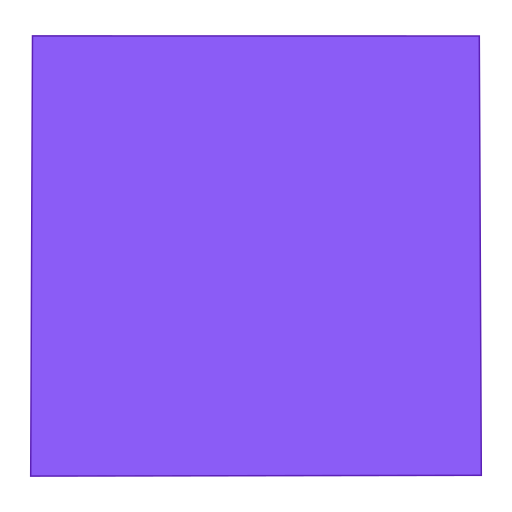 the district of Gray, Texas, United States of America
{"feature_id": "52423323B94857587121418", "entity_name": "Gray", "entity_type": "district", "adm_level": 2, "iso_a3": "USA", "parent_name": "United States of America", "parent_adm1": "Texas", "projection": "albers", "projection_center": [-100.758, 35.401], "detail": "fine", "context": "isolated", "style": "filled", "palette": "violet", "viewbox_px": 512, "rotation_deg": 0, "n_neighbors": 0, "source": "geoboundaries", "source_scale": "gbopen_adm2", "svg_char_len": 188}
<svg xmlns="http://www.w3.org/2000/svg" viewBox="0 0 512 512"><path d="M481.3,475.3L479.3,36.0L32.5,35.9L30.7,476.1L481.3,475.3Z" fill="#8b5cf6" stroke="#5b21b6" stroke-width="1.5"/></svg>